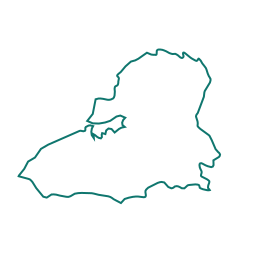 SVG path tracing the border of Cienfuegos, rotated 103°
{"feature_id": "CUB-1319", "entity_name": "Cienfuegos", "entity_type": "Province", "adm_level": 1, "iso_a3": "CUB", "parent_name": "Cuba", "parent_adm1": "", "projection": "equal_earth", "projection_center": [-80.492, 22.206], "detail": "fine", "context": "isolated", "style": "outline", "palette": "teal", "viewbox_px": 256, "rotation_deg": 103, "n_neighbors": 0, "source": "natural_earth", "source_scale": "10m", "svg_char_len": 3121}
<svg xmlns="http://www.w3.org/2000/svg" viewBox="0 0 256 256"><g transform="rotate(103 128 128)"><path d="M199.6,223.7L198.9,223.6L191.2,219.9L183.2,217.8L177.7,212.0L167.9,208.1L162.1,201.9L141.7,174.5L141.3,173.4L141.3,172.1L141.2,170.7L140.4,169.3L139.6,169.1L137.3,169.6L136.5,169.3L134.5,167.0L133.9,165.4L134.0,162.4L136.6,163.1L139.9,162.9L143.1,161.7L145.6,159.0L142.7,159.9L141.7,160.6L142.4,158.4L143.5,156.3L144.2,154.2L144.2,152.1L142.7,151.4L140.5,152.1L138.8,152.0L139.0,148.7L135.3,148.7L132.9,146.9L132.7,143.8L135.4,140.0L130.9,136.5L129.1,134.4L127.7,131.4L126.4,134.0L124.1,134.9L121.3,134.5L118.6,133.0L117.6,138.3L119.4,141.8L125.0,146.9L127.8,151.6L130.2,157.3L131.4,163.4L130.3,169.3L122.2,165.5L107.3,166.0L105.9,163.3L105.5,161.7L105.2,158.9L105.1,154.5L104.9,153.2L104.5,152.0L104.0,151.0L102.6,149.2L101.4,148.6L99.4,148.4L95.5,149.0L92.8,149.9L91.1,150.0L90.2,149.6L89.0,148.1L88.0,147.6L86.3,147.6L84.9,147.9L81.9,148.0L81.2,148.3L80.6,148.9L80.2,149.7L79.6,150.3L78.9,150.3L77.6,149.6L75.0,147.6L68.5,144.3L62.6,140.1L60.5,136.2L58.2,133.5L50.4,126.5L51.2,121.9L51.0,119.8L50.7,118.8L50.6,117.7L50.4,117.1L50.0,116.8L49.3,116.8L46.3,117.3L45.5,117.0L45.0,116.5L44.6,115.7L44.3,114.4L44.1,112.1L44.3,110.2L44.7,108.0L45.7,104.5L45.9,102.5L45.9,101.2L45.4,99.6L45.1,98.6L45.4,97.3L45.9,95.8L47.4,93.0L47.7,91.7L47.4,90.7L46.7,90.2L46.2,90.0L45.7,90.0L45.1,90.2L44.2,90.7L43.3,91.1L42.5,91.2L42.1,91.0L41.9,90.5L42.3,89.2L45.2,83.3L45.9,81.6L47.1,77.5L47.2,76.4L46.9,75.9L46.1,75.4L45.2,75.2L44.6,74.9L44.6,74.4L46.0,72.3L48.2,70.3L49.2,69.1L49.8,68.3L52.0,65.7L53.2,64.8L57.1,62.5L59.4,60.8L60.1,60.0L61.7,58.6L63.2,58.3L65.3,58.4L74.7,61.5L76.1,61.6L80.5,61.1L97.7,63.4L99.5,64.2L100.4,64.4L101.6,64.3L105.8,61.8L107.1,61.3L108.2,61.0L109.8,60.8L110.6,60.5L111.4,59.5L112.6,57.4L116.7,47.8L117.3,46.8L121.1,43.6L128.9,37.9L131.2,34.7L131.7,33.7L132.4,32.9L133.3,32.3L134.8,32.4L135.8,32.9L140.3,37.5L144.9,36.3L146.5,36.7L147.4,38.1L147.3,41.7L146.9,44.1L146.0,47.4L145.8,48.5L146.0,49.2L146.3,49.8L147.1,50.1L148.1,50.0L150.2,49.2L151.4,48.4L153.5,46.7L154.4,46.3L155.4,46.2L156.8,46.3L157.9,46.2L158.5,45.8L158.8,45.1L160.2,39.5L160.9,37.8L161.5,36.9L162.2,36.6L163.3,36.6L165.9,36.9L167.1,36.8L168.2,36.6L168.8,36.1L169.6,34.9L170.1,34.4L170.5,35.2L170.8,36.8L170.8,41.2L170.5,43.4L170.1,44.6L169.5,44.9L168.8,45.2L168.2,45.6L167.6,46.2L167.5,47.5L167.8,49.7L169.8,55.7L170.5,57.0L174.1,59.5L174.6,62.1L173.9,64.3L173.6,66.1L173.7,67.5L174.5,69.3L175.8,70.2L176.5,71.1L177.0,72.2L176.4,75.5L172.9,80.4L173.0,83.1L173.6,84.7L174.8,86.7L181.6,94.9L183.9,96.4L185.2,96.8L186.6,96.6L189.4,95.5L190.3,95.4L191.1,95.6L191.5,96.1L191.9,97.0L192.5,102.6L193.0,104.9L194.0,107.8L195.7,111.5L197.9,115.3L202.7,118.0L200.6,126.0L199.9,127.5L199.2,129.6L199.0,131.9L199.7,141.6L199.6,146.5L199.7,148.7L201.7,158.6L202.7,162.0L204.0,165.1L207.4,168.7L208.5,170.5L208.9,172.5L209.2,179.2L209.1,183.0L209.4,185.4L210.0,187.6L213.8,191.2L214.1,191.7L214.0,195.1L207.2,203.9L202.1,209.0L200.9,210.7L200.2,212.0L200.0,213.3L199.6,223.7L199.6,223.7Z" fill="none" stroke="#0f766e" stroke-width="2"/></g></svg>